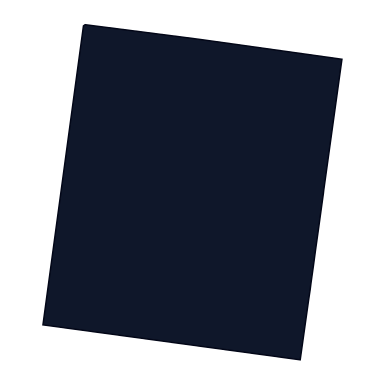 Harper, Kansas, United States of America, rotated 278°
{"feature_id": "52423323B94384145116372", "entity_name": "Harper", "entity_type": "district", "adm_level": 2, "iso_a3": "USA", "parent_name": "United States of America", "parent_adm1": "Kansas", "projection": "robinson", "projection_center": [-98.075, 37.192], "detail": "fine", "context": "isolated", "style": "filled", "palette": "ink", "viewbox_px": 384, "rotation_deg": 278, "n_neighbors": 0, "source": "geoboundaries", "source_scale": "gbopen_adm2", "svg_char_len": 369}
<svg xmlns="http://www.w3.org/2000/svg" viewBox="0 0 384 384"><g transform="rotate(278 192 192)"><path d="M344.3,322.0L344.2,178.2L342.8,62.9L341.4,61.4L39.7,62.9L40.9,322.5L41.5,322.5L101.9,322.5L112.0,322.6L118.3,322.5L135.3,322.5L152.1,322.4L171.9,322.4L209.0,322.3L212.0,322.2L215.3,322.2L344.3,322.0Z" fill="#0f172a" stroke="#020617" stroke-width="1.5"/></g></svg>